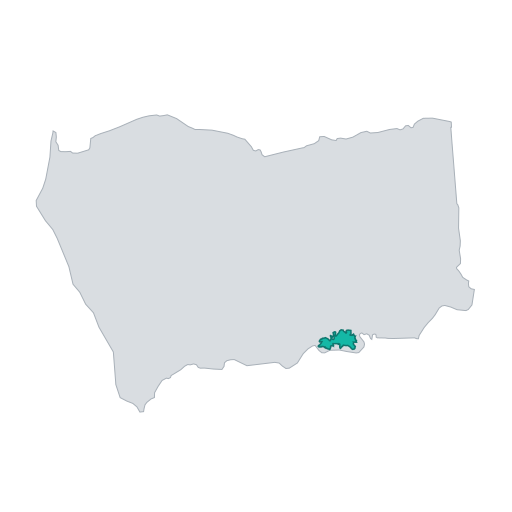 location of Zabzugu, Northern, Ghana, rotated 86°
{"feature_id": "2480657B72410528378772", "entity_name": "Zabzugu", "entity_type": "district", "adm_level": 2, "iso_a3": "GHA", "parent_name": "Ghana", "parent_adm1": "Northern", "projection": "mercator", "projection_center": [0.33, 9.091], "detail": "fine", "context": "in_parent", "style": "filled", "palette": "teal", "viewbox_px": 512, "rotation_deg": 86, "n_neighbors": 0, "source": "geoboundaries", "source_scale": "gbopen_adm2", "svg_char_len": 7274}
<svg xmlns="http://www.w3.org/2000/svg" viewBox="0 0 512 512"><g transform="rotate(86 256 256)"><path d="M319.9,44.0L324.2,48.0L325.1,50.4L323.6,59.2L320.5,65.3L318.5,71.1L318.8,74.0L320.7,76.9L327.1,81.4L330.4,84.3L334.4,88.8L338.9,93.1L346.6,98.8L349.9,99.8L349.7,101.4L348.7,103.6L347.9,124.6L347.4,130.1L346.8,132.8L346.1,140.7L345.3,141.8L343.8,141.7L342.5,142.0L342.1,143.6L342.7,145.2L347.3,146.3L346.3,147.5L342.9,148.6L341.3,151.0L342.0,153.7L340.1,155.8L340.6,157.3L341.8,158.4L343.8,158.0L349.2,154.3L351.5,153.9L354.3,154.7L359.5,160.2L359.7,162.9L357.6,172.2L355.6,179.3L355.2,188.9L357.4,194.2L357.1,197.1L354.7,199.7L349.3,203.3L349.7,205.9L352.2,210.5L356.7,215.7L365.6,222.2L370.2,230.6L370.3,234.0L367.6,237.4L364.4,240.4L363.4,244.7L364.8,272.7L357.8,284.9L357.7,288.4L358.4,292.4L360.3,294.9L363.9,295.6L366.8,297.9L365.8,306.4L364.2,315.2L364.0,319.4L363.1,321.4L360.3,323.0L359.3,325.8L360.0,329.2L359.5,331.7L361.0,334.9L364.2,339.0L369.3,349.0L371.3,349.8L372.2,351.9L371.6,353.9L373.6,358.4L379.3,362.8L385.3,366.7L390.1,367.2L391.3,370.7L394.4,375.1L396.7,377.1L400.4,378.3L403.4,379.0L403.6,382.7L398.2,385.3L394.5,389.1L391.7,395.0L387.8,401.4L374.4,404.8L369.3,404.8L341.8,405.0L316.1,417.6L301.3,422.1L292.2,429.3L279.9,434.3L271.4,440.5L253.6,443.4L224.5,453.1L215.4,456.9L206.1,463.6L191.1,471.5L185.3,471.4L173.5,464.0L164.7,460.4L143.1,454.7L127.0,452.5L119.2,450.1L117.1,449.7L118.9,447.0L123.4,446.9L128.1,447.7L131.7,445.7L136.9,445.4L138.3,443.3L138.7,438.0L138.7,433.7L140.5,431.8L141.0,426.7L138.4,415.5L136.6,414.2L127.2,412.6L126.5,410.4L124.8,408.0L123.0,402.2L120.9,393.6L117.6,383.0L111.3,365.4L109.7,359.1L108.7,352.8L108.4,345.2L109.7,342.4L109.5,338.5L109.0,334.6L113.4,325.6L122.1,314.6L124.0,310.7L125.6,307.9L125.8,304.0L127.4,291.1L131.6,275.6L134.2,269.8L136.0,266.6L138.1,261.5L138.7,259.0L146.7,253.0L150.4,251.3L151.2,248.9L150.0,246.3L150.5,244.5L152.5,243.6L155.4,242.9L157.6,240.4L154.2,221.3L151.4,202.2L151.3,200.6L149.6,197.9L148.0,190.0L145.3,185.4L141.5,184.1L141.5,179.7L145.4,172.4L146.4,168.0L144.5,166.8L144.3,163.4L145.6,158.0L144.9,154.6L144.2,151.1L140.2,142.7L139.3,136.8L141.3,133.3L141.3,125.7L139.1,113.9L138.7,106.5L140.2,103.5L139.5,100.5L136.6,97.7L136.4,95.0L138.9,92.4L138.6,90.3L135.5,88.8L132.8,85.2L130.3,79.5L130.8,70.3L135.4,53.3L136.0,51.9L141.2,52.0L141.2,52.7L157.4,52.6L175.8,52.4L197.9,52.2L217.9,52.0L218.8,51.2L222.1,50.3L242.4,52.0L255.1,51.1L260.4,51.7L264.4,52.9L273.1,52.1L277.8,52.6L281.3,56.8L282.7,56.7L284.7,55.0L288.2,52.9L291.7,51.3L294.3,48.0L295.8,45.5L298.1,46.0L301.5,45.9L303.7,43.7L304.6,40.5L319.9,44.0Z" fill="#d9dde1" stroke="#a8b0b8" stroke-width="1"/><path d="M340.6,187.2L340.7,187.3L341.0,187.2L341.1,187.3L341.6,187.2L342.6,186.8L342.8,186.6L343.0,186.8L343.3,186.7L343.7,187.0L344.9,187.4L345.6,188.0L345.4,188.1L345.2,188.5L345.3,188.7L343.9,189.8L343.2,190.9L342.9,191.6L342.5,192.0L342.3,192.4L342.7,193.8L342.7,195.3L343.0,195.4L343.1,195.6L343.0,195.9L343.4,196.3L343.4,196.5L343.6,196.7L343.6,197.1L343.5,197.3L343.6,197.5L344.0,197.6L344.6,198.3L345.4,198.8L345.8,198.7L346.1,198.5L346.2,198.0L346.1,197.3L345.9,196.4L345.9,196.2L346.0,196.1L346.2,196.4L346.5,196.6L347.7,197.2L348.1,197.7L348.8,198.3L349.0,198.6L349.3,198.7L349.6,199.3L349.5,199.5L349.9,200.0L350.2,200.1L350.4,200.2L350.5,200.1L350.7,199.9L350.6,199.7L350.9,199.5L350.8,199.3L351.1,199.3L351.1,199.1L351.2,198.9L351.1,198.7L351.1,198.3L351.2,198.2L351.2,197.8L351.3,197.6L351.2,197.4L351.3,197.4L351.1,197.3L351.2,197.2L351.2,196.8L351.1,196.7L351.0,196.4L351.0,196.2L350.9,196.1L351.0,196.0L351.0,195.9L351.1,194.9L351.3,194.8L351.3,194.7L351.3,194.4L351.5,194.2L351.7,193.9L351.8,193.9L351.7,193.7L351.8,193.7L352.0,193.5L352.0,193.3L352.3,193.2L352.4,192.9L352.6,192.9L352.8,192.8L353.0,192.6L352.9,191.9L353.0,191.7L353.4,191.5L353.6,191.0L353.9,190.1L353.9,189.7L354.2,189.4L354.4,188.9L354.2,188.7L353.8,188.7L353.3,188.4L353.0,188.1L352.8,188.0L352.5,188.0L352.3,187.9L351.9,188.0L351.5,187.9L351.2,187.8L351.2,187.7L351.0,187.4L350.9,187.4L350.8,187.2L350.9,186.9L350.9,186.6L350.9,186.3L351.0,186.2L351.0,185.9L351.0,185.7L350.9,185.6L351.0,185.5L351.0,185.3L351.0,185.2L350.9,185.2L351.0,185.1L350.8,185.1L350.7,185.0L350.6,184.9L350.0,185.2L349.6,185.4L348.9,185.4L348.7,185.2L348.9,184.5L349.0,181.8L349.1,181.5L349.2,181.3L349.1,180.3L349.2,180.1L349.9,180.1L349.7,180.0L349.9,180.0L349.9,179.9L349.7,179.8L349.6,179.6L349.3,179.4L349.5,178.9L349.7,178.7L349.9,178.8L350.0,178.7L350.1,178.8L350.5,178.6L351.0,178.6L351.4,178.6L351.6,178.7L351.8,178.7L352.4,178.8L352.9,178.8L353.6,178.5L353.9,178.5L354.1,178.3L354.1,178.2L353.8,178.0L353.8,177.9L353.3,177.7L353.2,177.5L353.2,177.4L353.0,177.2L352.9,177.2L352.7,177.1L352.5,176.9L352.3,176.6L352.4,176.4L352.3,176.0L351.8,175.7L351.7,175.7L351.4,175.5L351.3,175.3L351.3,175.1L351.0,175.0L351.0,174.9L351.1,174.7L351.3,174.7L351.3,174.3L351.3,174.2L351.3,173.8L351.5,173.2L351.6,172.6L351.7,172.4L351.6,171.6L351.7,171.0L351.6,170.7L353.0,168.8L353.8,168.1L355.2,167.1L355.5,166.6L355.7,166.4L355.9,166.1L355.9,165.8L355.7,165.1L355.7,164.9L355.6,164.6L355.6,164.3L355.4,164.2L355.2,164.2L354.9,163.8L354.7,163.9L354.5,163.7L354.3,163.7L354.2,163.6L353.8,163.6L353.7,163.6L353.4,163.3L353.1,163.5L353.0,163.4L352.8,163.5L352.0,164.1L351.6,164.4L351.5,164.6L351.3,164.9L350.5,164.9L350.3,165.0L349.8,165.0L349.7,164.9L349.4,164.8L349.4,164.7L349.2,164.5L348.8,164.3L348.7,164.4L348.7,163.9L348.9,162.9L349.0,162.5L349.0,161.8L348.8,161.9L348.6,162.0L348.5,161.9L348.4,161.9L348.2,161.9L348.2,162.0L348.1,161.9L347.9,161.8L347.7,162.0L347.5,161.9L347.5,162.0L347.2,162.1L346.8,162.2L346.8,162.5L346.7,162.5L346.3,162.5L346.2,162.6L345.9,162.7L345.8,162.8L345.7,162.8L345.4,163.0L345.2,163.1L344.9,163.1L344.8,162.9L344.7,163.0L344.6,162.9L344.4,162.9L344.2,163.0L343.6,163.0L343.5,162.9L343.4,163.0L343.3,162.9L343.2,162.9L343.0,162.7L343.0,162.8L342.9,162.8L342.8,163.0L342.7,163.0L342.3,163.2L342.3,163.3L342.2,163.4L342.2,163.5L341.9,163.7L341.9,163.8L341.7,163.9L341.6,164.0L341.4,164.2L341.2,164.0L340.9,164.1L341.0,164.2L340.9,164.2L340.9,164.3L341.1,164.4L341.2,164.6L341.2,164.9L341.2,165.3L341.5,165.6L341.8,165.7L341.8,166.4L341.6,167.0L341.6,167.5L341.4,167.7L341.1,167.6L340.9,167.5L340.9,167.2L340.6,166.9L340.1,166.7L339.0,166.6L337.5,166.6L337.0,166.5L336.9,166.5L336.8,166.9L336.7,167.4L336.6,168.1L336.6,168.4L336.4,168.8L336.4,170.1L336.5,170.8L336.9,171.2L337.2,171.3L337.7,171.3L338.1,171.0L338.7,171.0L339.1,171.3L339.1,171.6L339.0,171.9L338.4,172.3L338.1,172.6L337.6,173.4L337.3,173.8L336.5,174.1L335.9,174.4L336.0,174.9L335.6,176.0L335.7,176.5L336.2,177.1L336.5,177.7L338.5,178.7L338.9,179.3L339.3,179.6L339.8,180.2L340.4,180.6L341.2,181.3L341.4,181.7L341.4,181.9L341.4,182.3L341.2,182.6L340.9,182.8L340.7,182.8L340.5,182.6L339.6,182.2L338.0,181.9L337.5,181.9L337.3,182.1L337.2,182.3L337.1,182.8L337.6,184.1L337.8,184.4L338.0,184.5L339.0,184.2L339.9,184.2L340.7,184.2L341.1,184.4L341.5,184.3L342.1,183.9L342.4,183.8L343.5,183.7L343.8,183.8L344.2,184.0L344.5,184.3L344.7,184.7L344.4,185.5L344.1,186.0L343.8,186.3L343.5,186.4L343.4,186.4L343.1,186.0L342.9,185.9L342.4,185.6L341.9,185.5L341.4,185.6L341.3,185.8L340.7,187.1L340.6,187.2Z" fill="#14b8a6" stroke="#0f766e" stroke-width="1.5"/></g></svg>